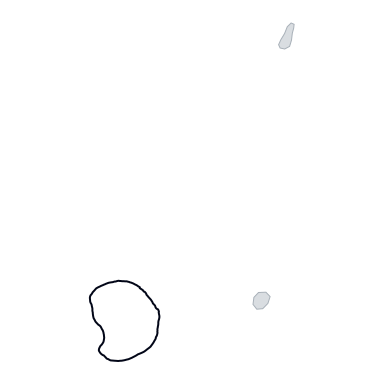 North Nilandhoo, Maldives shown in context
{"feature_id": "70690204B63708858601891", "entity_name": "North Nilandhoo", "entity_type": "district", "adm_level": 2, "iso_a3": "MDV", "parent_name": "Maldives", "parent_adm1": "", "projection": "mercator", "projection_center": [72.923, 3.188], "detail": "fine", "context": "in_parent", "style": "outline", "palette": "ink", "viewbox_px": 384, "rotation_deg": 0, "n_neighbors": 0, "source": "geoboundaries", "source_scale": "gbopen_adm2", "svg_char_len": 3350}
<svg xmlns="http://www.w3.org/2000/svg" viewBox="0 0 384 384"><path d="M289.6,46.4L284.7,49.0L280.1,48.0L278.6,44.7L280.8,39.8L284.6,33.5L287.3,26.7L291.1,23.0L294.1,24.3L293.7,28.1L292.3,33.3L291.5,40.1L289.6,46.4ZM262.7,308.7L256.8,309.2L253.0,304.4L253.9,297.4L258.5,292.5L265.9,292.2L270.1,296.6L267.9,303.4L262.7,308.7Z" fill="#d9dde1" stroke="#a8b0b8" stroke-width="1"/><path d="M118.2,361.0L119.9,360.8L121.7,360.7L123.5,360.4L124.9,360.1L126.3,359.7L128.5,359.2L130.6,358.3L132.0,357.7L133.1,357.1L134.7,356.3L136.5,355.3L137.8,354.4L139.6,353.7L140.8,353.2L142.4,352.5L143.8,351.8L144.6,351.3L145.8,350.4L146.9,349.5L148.1,348.6L149.3,347.7L150.5,346.7L151.5,345.3L152.2,344.4L152.8,343.5L153.5,342.5L154.2,341.2L154.7,340.3L155.2,339.6L155.5,339.0L155.8,338.1L155.8,337.6L156.0,337.0L156.5,336.3L156.8,335.5L157.0,335.1L157.2,334.2L157.4,333.4L157.5,332.5L157.3,331.9L157.5,330.8L157.4,329.7L157.5,328.7L157.6,328.1L157.8,327.3L157.9,326.3L158.1,325.6L158.2,324.7L158.3,324.1L158.3,323.3L158.3,322.2L158.4,321.5L158.6,320.5L158.8,319.9L159.0,319.4L159.1,318.8L159.3,318.0L159.4,317.1L159.4,316.3L159.3,315.4L158.9,313.7L158.9,313.1L158.7,312.2L158.9,311.5L158.5,310.4L158.0,309.4L157.1,309.0L156.3,308.4L155.9,307.9L155.5,307.2L155.3,306.4L155.0,305.6L154.4,304.9L153.8,304.3L152.9,303.4L152.7,302.8L152.3,301.9L152.0,301.4L151.5,300.7L151.1,300.0L150.7,299.5L150.1,298.8L149.5,298.2L148.9,297.5L148.3,296.9L148.0,296.4L147.5,295.9L147.1,295.4L146.6,294.9L146.3,294.3L146.2,293.7L145.9,293.2L145.4,292.6L144.8,291.9L144.1,291.7L143.6,291.3L143.3,290.9L143.2,290.5L142.8,290.2L142.3,289.8L141.9,289.5L141.1,289.0L140.3,288.5L139.8,288.1L139.8,287.3L139.4,287.0L138.9,286.7L138.3,286.4L137.5,285.8L136.5,285.1L135.3,284.6L134.4,284.1L133.1,283.4L131.8,282.9L131.1,282.6L130.1,282.4L129.0,281.9L128.4,281.8L127.6,281.6L126.7,281.3L125.9,281.3L124.9,281.3L123.4,281.2L122.1,281.2L120.7,281.0L119.8,281.0L118.9,280.8L118.3,280.8L116.9,281.1L116.1,281.4L115.7,281.5L115.1,281.5L114.4,281.6L113.8,281.8L112.9,282.1L112.3,282.2L111.4,282.3L110.8,282.4L110.1,282.5L109.6,282.6L109.0,282.7L107.7,283.1L107.0,283.4L105.9,283.8L104.7,284.4L104.0,284.6L103.0,285.1L102.0,285.5L100.8,286.0L99.9,286.5L99.0,286.9L98.1,287.3L97.2,287.8L96.2,288.4L95.4,289.3L94.2,290.7L93.5,291.4L92.6,292.4L92.2,293.2L91.7,294.0L91.1,294.7L90.5,295.4L90.1,296.5L89.9,297.4L89.9,298.4L90.0,299.4L90.1,300.4L90.1,301.0L90.3,302.0L90.6,302.8L90.9,303.3L91.5,304.4L91.7,305.3L91.9,306.4L92.1,307.2L92.3,308.0L92.4,308.8L92.4,309.9L92.4,310.8L92.6,311.8L92.8,312.8L92.8,313.6L93.0,315.1L93.2,316.4L93.4,317.2L93.6,318.1L94.1,319.0L94.6,319.8L95.3,321.3L95.7,321.9L96.1,322.3L96.6,322.9L97.4,323.7L98.2,324.6L98.8,325.0L99.4,325.4L99.8,325.7L100.5,326.4L101.1,327.4L101.6,328.5L102.2,329.6L102.6,330.1L103.0,331.0L103.3,332.0L103.5,332.7L103.6,333.5L103.9,334.8L104.0,336.1L104.2,337.7L104.0,339.1L103.8,340.3L103.6,341.3L103.4,342.0L102.9,342.9L102.1,344.1L101.5,344.9L100.9,345.4L100.4,346.0L99.8,347.1L99.4,347.9L99.0,349.0L98.9,349.6L98.9,350.7L99.5,351.7L99.9,352.4L100.2,352.8L100.7,353.4L101.4,354.1L102.1,354.6L102.8,355.1L103.6,355.3L104.2,355.8L104.7,356.4L105.4,357.1L105.9,357.6L106.6,358.5L107.4,358.9L108.2,359.1L109.5,359.9L110.6,360.4L111.9,360.5L113.2,360.6L114.1,360.7L115.6,360.8L117.0,360.9L118.2,361.0Z" fill="none" stroke="#020617" stroke-width="2"/></svg>